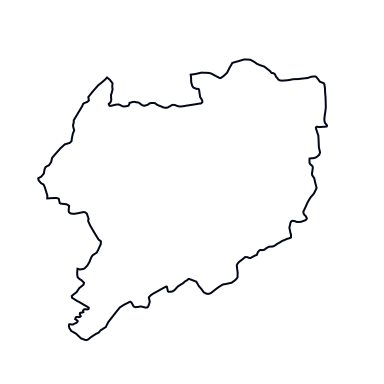 Son La, Son La, Vietnam, rotated 80°
{"feature_id": "81297802B47097666741506", "entity_name": "Son La", "entity_type": "district", "adm_level": 2, "iso_a3": "VNM", "parent_name": "Vietnam", "parent_adm1": "Son La", "projection": "equal_earth", "projection_center": [103.913, 21.343], "detail": "fine", "context": "isolated", "style": "outline", "palette": "ink", "viewbox_px": 384, "rotation_deg": 80, "n_neighbors": 0, "source": "geoboundaries", "source_scale": "gbopen_adm2", "svg_char_len": 5400}
<svg xmlns="http://www.w3.org/2000/svg" viewBox="0 0 384 384"><g transform="rotate(80 192 192)"><path d="M288.5,174.8L288.3,170.8L288.3,169.8L288.2,168.7L287.5,167.3L286.8,165.7L285.6,163.7L284.0,162.0L279.1,161.0L275.4,160.9L271.9,160.6L270.6,159.7L269.9,158.9L268.9,157.6L267.2,154.2L265.3,151.0L265.8,148.8L266.7,147.5L267.2,145.9L266.7,144.5L265.5,140.9L265.2,139.1L262.6,137.5L261.4,135.9L261.0,135.1L261.0,134.3L261.3,133.3L261.5,132.3L261.4,130.7L260.5,129.2L259.9,127.6L259.3,125.7L259.4,124.3L259.7,122.4L259.4,120.5L258.7,118.7L257.9,117.2L256.8,113.9L255.9,111.9L255.4,109.5L254.6,106.2L254.5,104.4L254.2,103.1L254.0,102.4L251.1,101.9L249.1,102.2L243.9,102.3L241.8,101.3L239.5,100.4L238.4,99.7L237.9,98.7L237.8,97.8L238.7,95.6L239.5,94.4L239.9,93.0L240.3,90.0L239.6,85.6L239.1,84.5L238.1,83.5L236.4,83.8L235.2,84.4L233.8,85.4L232.2,85.9L230.6,85.7L226.8,83.0L222.2,79.9L218.0,76.3L214.9,72.4L213.1,71.0L209.7,68.6L203.5,69.1L199.7,69.2L196.4,70.7L194.7,70.7L191.9,69.7L189.0,68.8L187.7,68.8L186.3,69.7L185.5,70.6L184.1,71.1L182.7,71.1L181.7,70.9L181.0,70.8L179.5,70.4L179.5,68.8L179.7,67.3L179.7,65.7L179.5,64.1L179.0,62.8L177.5,60.3L175.3,59.0L170.1,59.3L163.5,58.4L158.5,57.8L151.7,58.8L150.0,58.8L149.6,58.3L149.4,57.5L150.1,55.7L150.7,50.7L150.8,49.3L150.9,48.1L150.6,47.7L149.9,47.5L148.2,48.3L147.1,49.0L145.5,49.2L143.1,49.0L139.7,48.0L136.2,46.8L131.8,45.5L122.3,44.1L116.9,43.6L112.6,43.0L109.9,43.0L109.2,42.9L107.7,43.4L106.9,44.7L106.3,45.7L105.6,46.9L103.1,48.1L100.2,49.7L99.5,50.8L99.2,54.4L99.8,58.4L99.5,63.0L99.2,68.1L99.1,68.6L98.5,72.7L98.6,77.7L98.3,81.0L98.0,83.7L97.4,86.0L96.3,87.4L94.5,88.3L93.4,89.1L90.4,89.9L89.2,91.1L88.5,93.0L86.4,94.2L83.6,96.7L81.0,99.1L78.7,103.3L76.9,106.0L75.7,107.0L73.6,109.4L71.9,111.6L71.1,114.8L70.5,117.7L71.3,124.2L71.3,124.9L71.9,129.9L72.4,130.3L73.3,131.0L76.1,133.4L80.6,136.7L82.4,139.4L83.4,141.0L84.2,142.8L84.7,143.8L84.7,144.8L84.0,145.7L80.4,150.4L78.6,152.6L77.6,155.0L77.0,157.6L76.6,159.8L76.1,161.9L76.2,163.9L76.3,166.0L76.4,168.9L76.2,172.9L78.6,173.0L83.5,173.7L87.4,173.4L89.4,172.5L91.2,169.7L91.6,167.7L92.5,167.3L99.8,167.5L103.1,166.2L105.1,166.1L105.5,166.4L106.0,167.2L106.4,168.2L106.2,169.5L106.2,173.9L106.0,182.8L106.0,184.9L105.9,187.6L105.5,189.8L104.8,191.5L103.5,193.5L103.2,194.4L102.8,196.0L102.8,196.4L103.4,197.9L104.6,201.4L104.5,203.2L104.1,204.6L103.5,206.0L102.6,207.1L101.2,209.5L100.0,211.3L98.1,213.0L97.5,215.2L97.2,217.0L97.4,218.5L98.3,220.1L98.5,221.1L98.8,223.9L98.2,225.5L97.1,226.8L96.0,227.7L95.1,228.6L94.5,229.3L94.1,230.9L93.3,232.8L93.0,234.7L93.2,235.8L93.4,238.0L94.1,238.2L95.9,239.5L96.1,240.6L96.1,242.8L95.9,244.5L95.4,245.7L93.9,247.6L93.3,248.6L93.0,249.4L92.8,251.0L92.8,252.8L92.9,253.9L93.0,255.3L93.0,255.9L93.1,256.6L93.0,257.2L93.0,257.7L92.8,258.1L92.4,258.4L91.3,258.7L90.8,258.7L90.6,258.6L89.9,257.0L88.9,256.3L87.3,255.5L85.1,255.3L82.3,254.9L80.6,253.9L77.2,252.4L74.6,252.3L71.1,251.4L67.1,253.5L64.5,255.8L66.3,258.2L69.0,262.8L70.8,266.1L76.3,272.9L79.3,276.3L80.5,277.6L84.0,277.7L85.2,279.6L85.4,281.2L85.7,282.4L86.1,283.7L88.6,285.4L100.8,296.0L102.7,296.3L105.7,297.6L108.0,297.6L110.9,297.3L111.2,297.5L113.6,299.1L117.3,300.6L121.1,301.9L122.4,303.9L123.0,309.0L124.7,311.7L126.0,313.8L131.4,320.6L134.2,323.9L138.0,325.5L140.1,327.5L141.0,328.5L141.2,329.8L142.1,332.0L144.4,333.4L148.1,334.7L150.7,337.8L151.8,341.1L152.0,341.1L153.9,341.0L157.0,339.2L158.9,336.9L161.9,336.1L167.0,335.5L170.4,335.1L173.2,335.7L173.6,331.7L174.4,326.2L175.5,324.4L177.4,324.3L180.0,324.2L180.6,323.4L181.2,321.4L182.3,317.7L184.2,315.4L184.6,315.5L186.5,316.1L189.0,316.7L190.2,316.7L191.1,316.2L191.6,315.8L192.3,314.7L193.0,312.2L193.1,308.5L193.0,304.8L192.9,302.4L193.5,300.7L195.1,299.3L200.5,298.5L201.9,299.2L203.2,299.2L207.4,298.1L215.7,295.0L222.6,292.3L223.9,291.0L224.7,290.3L227.5,290.9L232.6,294.4L235.1,296.3L237.1,300.9L238.8,302.5L243.4,305.4L246.3,307.9L248.6,311.1L248.9,312.3L248.9,314.0L248.8,316.0L247.7,318.1L251.5,319.1L253.7,319.4L256.1,319.4L258.3,317.8L259.4,316.4L261.7,314.7L262.6,314.1L264.5,315.0L267.0,319.6L270.6,323.1L272.7,327.1L273.6,328.5L275.3,328.5L279.0,324.5L281.0,321.9L285.1,317.1L286.7,315.1L287.2,314.6L288.0,313.8L289.1,314.0L289.4,314.4L289.4,315.8L288.8,318.1L288.9,318.9L289.8,319.8L290.5,320.0L291.1,319.8L291.4,319.8L291.7,320.7L291.6,321.9L291.5,322.7L291.6,323.2L293.0,323.8L294.3,323.3L294.9,323.1L295.3,323.5L295.6,324.2L295.6,325.1L295.1,326.4L295.0,327.6L295.6,328.5L296.9,329.1L298.3,327.6L299.1,327.0L299.7,327.1L300.8,328.5L301.2,330.6L301.8,332.2L301.7,333.2L301.1,334.9L300.9,335.8L301.4,336.2L302.7,336.5L304.9,336.4L305.2,336.2L307.9,335.0L311.3,330.9L317.0,326.6L319.2,322.7L319.5,321.5L319.2,320.0L317.4,316.7L315.1,311.4L314.3,308.3L312.4,306.2L310.0,300.3L305.7,297.2L296.8,287.3L293.1,283.0L291.2,278.5L289.3,271.9L290.3,270.8L294.5,269.4L295.6,267.9L295.8,265.2L295.8,262.3L296.8,260.0L297.8,257.8L297.9,256.4L297.4,255.2L294.7,253.6L292.4,252.6L288.7,252.9L288.0,252.5L286.7,250.8L285.5,248.3L283.6,242.7L281.6,237.0L280.6,233.7L280.9,233.2L285.6,233.0L286.3,232.1L286.6,229.0L285.7,226.4L282.6,222.4L280.1,216.3L279.1,214.9L277.9,211.9L277.1,210.6L277.2,209.8L278.7,207.2L281.1,203.3L285.9,201.6L289.0,199.7L292.9,197.8L293.9,196.4L294.8,195.2L295.2,193.2L294.9,191.1L293.7,188.9L290.6,183.0L289.0,179.2L288.4,177.3L288.5,174.8Z" fill="none" stroke="#020617" stroke-width="2"/></g></svg>